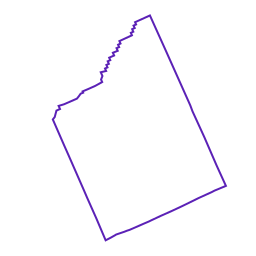 the district of Jackson, Oregon, United States of America, rotated 336°
{"feature_id": "52423323B54328460480389", "entity_name": "Jackson", "entity_type": "district", "adm_level": 2, "iso_a3": "USA", "parent_name": "United States of America", "parent_adm1": "Oregon", "projection": "orthographic", "projection_center": [-122.779, 42.5], "detail": "fine", "context": "isolated", "style": "outline", "palette": "violet", "viewbox_px": 256, "rotation_deg": 336, "n_neighbors": 0, "source": "geoboundaries", "source_scale": "gbopen_adm2", "svg_char_len": 964}
<svg xmlns="http://www.w3.org/2000/svg" viewBox="0 0 256 256"><g transform="rotate(336 128 128)"><path d="M61.9,221.5L67.3,221.2L72.6,220.7L73.8,220.5L82.5,221.3L85.1,221.4L88.0,221.7L102.5,221.8L109.2,221.9L111.7,221.8L122.3,221.6L134.6,221.6L145.5,221.4L164.3,220.7L178.7,220.6L181.5,220.4L193.9,220.7L193.7,198.2L194.0,167.7L193.8,147.6L193.7,139.1L194.1,132.6L194.0,72.3L193.8,34.1L177.5,34.2L177.5,36.7L174.7,36.7L174.8,39.4L172.0,39.4L172.0,42.2L169.3,42.2L169.3,44.9L155.5,45.1L155.5,47.8L152.8,47.9L152.8,50.5L150.0,50.4L150.0,53.3L144.8,53.1L144.8,56.1L139.4,56.1L139.4,58.8L136.6,58.8L136.6,61.6L133.9,61.6L133.9,64.3L131.2,64.3L131.2,67.0L125.8,66.0L125.8,70.1L123.1,72.8L123.1,75.5L115.1,76.2L106.9,76.2L101.4,76.1L101.4,77.5L98.7,77.4L96.0,79.0L93.3,80.4L79.1,80.3L73.6,79.6L73.6,83.0L69.7,83.0L65.5,88.2L62.8,89.6L62.6,118.1L62.6,128.7L62.4,166.3L62.4,167.3L62.3,174.7L62.3,198.0L61.9,221.5Z" fill="none" stroke="#5b21b6" stroke-width="2"/></g></svg>